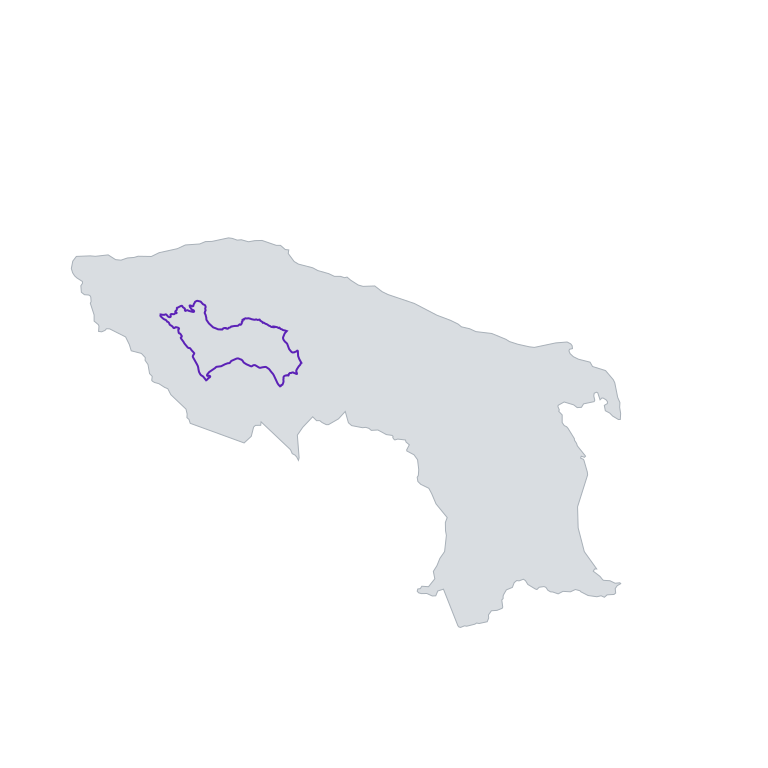 location of Cusco within Peru, rotated 133°
{"feature_id": "PER-571", "entity_name": "Cusco", "entity_type": "Department", "adm_level": 1, "iso_a3": "PER", "parent_name": "Peru", "parent_adm1": "", "projection": "equal_earth", "projection_center": [-72.174, -13.267], "detail": "fine", "context": "in_parent", "style": "outline", "palette": "violet", "viewbox_px": 768, "rotation_deg": 133, "n_neighbors": 0, "source": "natural_earth", "source_scale": "10m", "svg_char_len": 9738}
<svg xmlns="http://www.w3.org/2000/svg" viewBox="0 0 768 768"><g transform="rotate(133 384 384)"><path d="M513.1,216.2L512.9,218.4L510.9,219.5L508.9,217.9L506.1,218.4L501.9,213.2L491.8,214.0L487.4,220.1L480.7,221.4L473.4,224.2L465.2,225.4L452.2,235.1L449.3,239.0L443.4,244.7L438.6,246.7L436.2,264.2L431.6,274.5L429.7,280.1L432.3,288.6L432.2,292.7L429.6,296.1L427.5,296.5L423.0,300.1L416.5,307.8L415.3,313.8L417.4,321.6L416.7,322.5L411.2,324.0L411.4,328.4L410.3,330.1L414.9,336.4L417.5,337.9L417.6,339.4L417.2,341.0L416.1,341.7L416.1,343.1L419.4,347.8L421.8,357.1L426.6,361.7L426.7,364.7L428.1,367.7L430.6,369.9L436.5,379.3L436.6,383.6L430.5,393.6L440.5,393.5L451.6,396.9L453.1,398.5L454.4,403.0L454.6,406.0L456.8,408.3L456.6,413.8L471.1,413.9L480.5,412.5L495.8,395.8L498.2,394.5L496.9,398.1L496.7,400.7L497.5,403.6L495.8,407.6L495.5,448.1L498.3,446.0L501.9,449.8L504.4,450.0L512.8,445.4L522.5,446.1L544.9,498.9L542.9,502.5L543.0,505.2L540.2,507.5L537.4,511.7L537.2,532.6L534.9,538.9L536.1,542.2L537.3,548.9L539.4,552.9L539.9,555.4L539.7,556.4L536.5,558.7L536.3,562.5L530.7,569.9L529.6,574.9L527.5,576.6L527.1,582.3L532.1,591.5L528.9,597.0L525.8,605.1L530.8,622.3L532.9,624.7L535.1,624.6L538.4,626.1L540.2,628.6L536.1,631.9L535.4,633.3L535.7,638.9L531.2,643.1L525.2,653.9L523.5,654.4L520.5,657.6L519.9,659.3L520.4,660.8L523.0,664.0L523.3,667.9L518.9,672.7L515.9,673.2L514.7,674.5L515.9,681.1L515.9,684.1L515.0,687.6L512.8,691.4L506.4,695.4L500.5,696.0L490.6,686.2L487.5,682.2L477.7,673.8L476.1,665.1L472.8,660.8L466.8,657.6L461.9,653.1L458.3,651.0L449.4,641.1L441.3,638.0L426.1,627.5L417.8,624.1L407.3,614.3L401.6,611.7L397.1,607.1L383.2,597.4L381.0,594.3L378.9,589.5L375.8,586.7L372.4,580.1L367.2,576.2L362.2,571.1L356.1,557.4L353.2,554.2L353.0,547.9L350.9,545.1L353.9,543.0L355.7,533.3L354.7,528.4L347.6,515.3L346.2,509.8L341.0,499.7L339.1,493.7L335.0,489.3L333.2,485.4L331.0,483.9L330.8,479.2L329.2,470.4L326.9,465.9L318.6,457.6L317.8,448.5L315.9,442.2L304.4,416.7L297.6,392.2L292.0,378.5L289.6,370.6L289.4,366.4L285.2,359.1L283.0,352.5L273.6,339.7L268.2,325.4L267.4,321.2L263.7,313.3L257.7,303.1L254.7,299.0L236.8,286.4L228.4,278.7L227.3,274.8L227.7,272.5L229.6,270.3L232.1,272.0L233.7,271.3L234.9,268.5L234.9,264.2L233.3,258.8L227.5,248.2L229.0,243.4L223.1,231.1L224.5,219.2L225.7,216.1L234.4,204.0L236.7,198.8L240.4,195.7L244.2,190.8L248.8,187.0L250.1,188.3L251.5,194.8L251.3,199.1L252.6,203.9L249.4,208.3L246.0,207.3L244.6,208.4L244.1,210.5L244.7,213.8L245.6,215.1L248.2,215.2L244.7,221.6L245.0,222.9L247.4,224.0L249.7,222.4L252.1,218.8L253.6,218.3L262.4,224.5L266.4,223.7L269.5,226.6L269.9,231.1L274.3,240.0L280.8,242.1L281.9,241.4L283.4,238.1L284.8,237.6L285.1,232.6L290.7,227.4L291.5,223.8L290.7,221.3L290.9,219.3L294.1,207.6L295.2,206.4L296.1,202.7L297.4,200.4L299.3,187.4L300.9,187.4L302.3,190.5L304.1,189.7L303.1,186.8L303.4,185.8L309.7,175.3L311.6,173.1L341.8,158.7L356.8,143.9L370.0,123.2L374.2,102.3L375.7,103.8L378.2,103.3L377.4,94.8L378.0,90.8L377.9,89.6L373.8,84.6L372.1,79.1L368.5,75.9L368.6,74.7L372.4,75.9L375.9,75.4L378.9,72.0L381.1,72.3L386.0,77.0L389.7,77.4L390.8,80.8L394.4,83.2L399.5,90.5L401.7,98.3L401.6,99.8L403.8,103.9L408.8,105.9L413.6,111.7L418.7,113.5L421.0,118.7L422.4,120.4L423.1,123.4L422.3,126.9L423.0,128.8L426.8,131.9L430.0,132.0L430.7,133.5L432.5,142.1L431.3,146.5L431.7,148.9L435.9,151.0L437.2,152.9L440.5,153.3L445.2,151.4L451.1,154.1L455.6,153.1L457.7,152.4L459.8,150.5L461.6,150.6L466.2,145.0L467.5,144.6L472.5,147.0L476.6,150.8L481.7,150.1L483.8,147.8L487.5,146.4L494.3,151.1L495.7,153.3L497.6,153.7L504.7,158.3L506.0,160.2L509.8,162.0L510.6,163.5L510.4,165.1L493.5,200.6L498.7,203.5L503.6,201.7L506.1,204.1L508.0,209.8L511.8,213.7L513.1,216.2Z" fill="#d9dde1" stroke="#a8b0b8" stroke-width="1"/><path d="M417.0,503.6L416.7,503.2L415.3,500.8L415.1,499.8L415.0,499.3L414.7,499.1L414.2,499.0L414.1,498.6L414.3,497.6L414.2,497.0L414.1,496.8L413.7,496.1L413.6,495.7L413.5,494.8L413.3,494.4L412.3,492.8L411.6,491.2L414.2,491.2L415.1,491.0L418.0,489.9L418.9,489.5L419.3,489.1L419.8,488.4L420.3,487.1L420.4,486.4L420.5,485.7L420.6,484.9L420.5,483.5L420.6,482.5L420.7,482.1L423.1,477.3L423.2,477.0L423.6,474.1L423.6,473.2L423.5,472.9L423.3,472.4L422.6,471.7L422.1,471.3L421.9,471.2L421.1,470.9L419.9,470.3L419.6,470.2L419.0,470.3L418.8,470.2L418.6,470.0L418.6,469.7L418.7,469.4L418.9,469.2L419.7,468.4L422.1,465.9L423.5,463.1L424.6,459.8L424.9,458.8L425.6,459.0L426.7,458.5L427.4,458.4L429.2,458.4L432.5,457.8L433.5,457.5L434.3,457.1L434.5,456.8L434.7,456.6L435.6,454.9L435.8,454.7L436.1,454.6L436.3,454.8L436.5,455.1L436.7,456.2L436.9,456.5L437.2,457.0L437.3,457.3L437.4,458.0L437.5,458.3L438.2,459.0L439.2,459.4L439.4,459.5L440.0,460.2L440.4,460.4L441.2,460.3L441.5,460.4L441.8,460.3L442.5,459.8L443.0,459.7L443.2,459.9L443.3,460.2L443.4,460.6L443.6,460.9L443.8,461.0L444.1,461.0L444.3,461.2L444.9,461.8L445.5,462.1L446.6,462.4L447.4,462.2L447.7,462.0L447.9,461.8L448.1,461.6L448.5,461.2L449.2,460.8L449.4,460.6L450.4,459.5L450.8,459.1L451.7,458.6L453.5,457.9L453.9,457.8L454.7,458.4L455.0,458.4L455.6,458.1L456.2,458.2L456.6,458.4L456.5,460.5L456.1,462.3L452.8,470.5L452.3,472.3L452.2,473.6L451.9,475.8L451.7,476.7L451.5,478.0L451.5,478.5L451.9,481.3L452.0,481.7L452.1,482.0L452.6,482.6L454.7,484.3L456.5,485.5L456.8,485.8L457.1,486.4L457.3,487.1L458.0,490.6L458.2,491.2L458.5,491.6L458.8,491.9L459.5,492.4L460.6,492.6L461.2,492.8L461.5,493.0L461.8,493.5L462.0,493.9L462.5,495.5L463.4,498.1L463.7,499.7L463.9,500.8L463.9,501.5L463.5,503.0L463.4,503.6L463.4,504.5L463.5,505.1L463.8,505.6L464.4,507.3L464.8,508.2L465.6,508.9L466.3,509.3L471.0,511.3L471.5,511.4L472.0,511.4L473.3,511.2L473.8,511.2L474.1,511.3L474.4,511.5L475.0,512.1L475.5,512.5L478.1,513.8L482.0,515.2L482.4,515.5L485.5,518.1L485.9,518.3L486.7,518.4L487.4,518.4L494.5,520.0L497.6,519.8L498.1,519.5L498.5,519.2L498.5,518.8L498.3,518.4L497.6,517.9L497.3,517.6L497.0,517.2L496.9,516.8L497.0,516.3L497.3,516.1L497.7,516.0L498.5,516.1L499.6,516.5L501.0,516.3L501.8,516.4L502.6,516.6L502.0,520.4L501.9,521.6L502.3,523.6L502.3,524.4L502.1,525.3L501.4,527.3L501.0,528.0L499.5,530.1L498.8,530.9L498.3,531.7L497.9,532.3L497.2,534.1L494.8,541.6L494.4,542.5L494.0,542.8L493.4,543.1L491.3,543.5L490.9,543.8L490.7,545.5L490.6,547.3L490.1,550.1L490.3,550.6L490.5,551.0L490.9,551.4L491.1,552.1L491.1,552.9L490.5,557.4L490.3,558.2L489.9,559.4L489.1,563.6L488.8,564.1L488.6,564.3L487.3,564.2L486.8,564.7L486.4,566.3L486.2,567.2L486.3,567.8L486.6,568.4L486.6,568.8L486.5,569.1L486.4,569.3L486.0,569.8L484.9,571.2L484.7,571.4L483.7,571.5L483.3,571.7L483.1,572.1L483.2,572.8L483.3,573.1L483.9,574.2L484.3,574.9L484.6,575.1L484.8,575.3L485.7,575.3L486.3,575.7L486.5,576.1L486.5,576.5L486.2,578.0L486.3,578.5L486.3,579.1L486.6,580.2L486.7,580.9L486.7,581.3L486.1,582.5L485.9,583.2L485.9,584.2L486.2,584.9L486.3,585.2L486.0,586.2L486.0,586.9L486.0,587.4L486.1,587.7L486.3,588.0L486.5,588.6L486.7,589.5L486.8,590.6L486.8,593.3L486.7,593.8L486.6,594.1L485.8,594.5L485.5,594.8L485.1,594.3L484.5,593.3L484.1,592.8L483.4,592.0L483.0,591.7L482.3,591.4L482.0,591.2L481.8,590.9L481.7,590.6L481.8,589.1L481.9,588.4L481.9,588.0L481.9,587.6L481.7,587.0L481.5,586.6L481.3,586.3L480.8,586.0L480.4,585.9L480.1,586.0L479.7,586.4L479.0,587.3L478.7,587.5L478.4,587.5L478.1,587.3L477.8,587.2L476.4,585.4L476.0,585.1L475.6,585.0L475.1,585.1L474.7,585.0L473.9,584.2L473.6,584.1L473.4,584.2L473.4,584.5L473.6,585.5L473.4,586.0L473.1,586.1L472.8,586.2L471.9,586.1L471.6,586.1L471.1,586.2L470.4,586.6L469.7,587.3L469.3,587.3L469.0,587.0L468.7,586.9L465.5,585.8L464.9,585.4L464.6,585.0L464.6,584.6L464.9,584.0L465.0,583.5L464.7,581.5L464.7,581.1L464.9,580.8L465.1,580.6L465.5,580.3L465.7,580.1L465.9,579.8L466.0,579.5L466.0,579.2L465.9,579.0L464.8,578.6L464.5,578.4L464.2,578.2L463.9,577.6L463.6,576.6L461.9,573.4L461.4,572.7L461.1,572.4L460.6,572.3L460.4,572.4L460.2,572.6L460.1,572.9L460.0,573.3L460.0,573.6L460.1,573.9L460.5,574.8L460.6,575.5L460.5,576.2L460.5,576.5L460.2,577.2L460.1,578.2L459.4,579.4L459.2,579.6L458.9,579.5L458.7,579.3L458.6,579.1L458.3,578.5L458.0,577.5L457.9,577.2L457.7,576.9L457.1,576.7L456.9,576.7L456.3,577.1L455.7,577.4L455.1,577.6L454.4,577.7L452.7,578.2L451.1,577.7L450.5,577.3L449.0,574.7L448.8,574.3L448.8,574.0L448.8,573.7L448.9,573.1L449.0,571.7L449.1,570.9L449.0,570.5L448.6,569.2L448.5,568.9L448.5,568.5L448.6,568.2L448.9,567.6L449.1,567.2L449.4,566.9L449.7,566.7L450.3,566.5L450.7,566.3L451.1,565.8L451.4,565.4L451.5,565.1L451.7,564.8L452.0,564.6L452.9,564.4L453.3,564.1L454.1,563.8L454.4,563.5L455.1,561.7L455.3,561.3L455.9,560.5L456.7,559.2L457.7,558.2L458.1,557.7L458.3,557.0L459.1,553.4L459.1,547.6L458.7,546.6L458.3,545.7L457.6,543.9L457.4,543.1L457.0,542.4L455.6,540.8L455.4,540.4L455.2,540.4L454.4,539.6L454.3,539.4L453.0,539.5L452.7,539.4L451.7,538.7L451.2,538.2L450.9,537.8L451.1,537.5L450.6,536.5L450.3,536.1L450.0,535.9L448.9,535.9L448.6,535.8L448.2,535.4L447.2,535.0L446.2,535.0L445.9,534.8L445.7,534.4L445.2,534.2L443.4,532.8L441.7,531.1L440.9,530.5L440.0,530.4L438.9,530.3L438.8,530.2L438.7,529.9L438.5,529.6L438.5,529.3L438.4,529.2L437.7,529.2L436.9,529.3L436.5,529.5L435.7,530.2L435.6,530.3L435.4,530.3L435.0,530.1L434.7,530.2L434.5,530.3L434.1,530.9L433.5,531.3L433.1,531.1L432.7,530.6L432.2,530.3L431.7,530.7L431.3,530.5L430.4,530.1L430.2,529.7L429.5,528.9L428.3,527.9L428.1,527.6L428.0,527.2L427.5,526.5L426.9,525.0L425.6,522.9L424.9,522.1L424.1,521.7L423.9,521.5L423.4,520.2L423.0,519.8L422.1,519.2L421.7,518.9L421.7,518.7L422.1,517.9L421.6,515.3L421.8,514.7L421.9,514.4L421.7,514.2L421.2,513.9L421.1,513.6L420.8,511.8L420.6,511.3L420.3,510.8L420.0,509.5L419.9,508.3L419.8,507.9L419.4,507.1L419.3,506.5L419.1,505.3L418.8,504.9L417.6,503.2L417.2,502.9L417.0,503.6Z" fill="none" stroke="#5b21b6" stroke-width="2"/></g></svg>